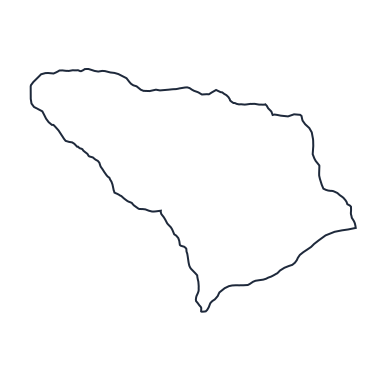 Kanglung, Tashigang, Bhutan, rotated 182°
{"feature_id": "84629894B11515592913322", "entity_name": "Kanglung", "entity_type": "district", "adm_level": 2, "iso_a3": "BTN", "parent_name": "Bhutan", "parent_adm1": "Tashigang", "projection": "robinson", "projection_center": [91.534, 27.281], "detail": "fine", "context": "isolated", "style": "outline", "palette": "slate", "viewbox_px": 384, "rotation_deg": 182, "n_neighbors": 0, "source": "geoboundaries", "source_scale": "gbopen_adm2", "svg_char_len": 4034}
<svg xmlns="http://www.w3.org/2000/svg" viewBox="0 0 384 384"><g transform="rotate(182 192 192)"><path d="M88.3,123.5L86.7,124.9L84.9,127.5L83.9,129.9L82.0,132.9L78.6,135.8L74.0,139.1L71.0,141.3L68.1,144.4L63.4,148.3L57.0,153.3L48.1,157.2L40.8,158.9L34.7,160.0L29.7,161.2L27.1,161.8L27.5,163.9L28.1,166.2L28.6,167.4L29.4,168.9L31.4,171.8L31.8,173.6L32.3,175.1L32.5,176.4L32.4,179.5L32.6,182.8L33.5,183.8L34.6,184.4L36.3,185.2L37.2,187.5L38.3,189.1L40.5,191.5L42.0,192.6L44.2,194.0L46.7,196.1L47.5,196.4L48.6,196.9L50.6,197.7L51.4,197.9L52.4,198.0L53.7,198.0L55.9,198.2L58.2,198.8L60.8,199.9L62.6,203.8L64.6,209.5L65.3,212.1L65.5,213.0L65.6,215.4L65.6,217.9L65.6,221.9L65.7,223.0L69.5,227.4L70.9,229.8L72.7,234.0L72.4,242.2L72.7,247.4L72.9,249.1L74.4,255.8L77.0,260.0L81.3,263.7L84.0,267.2L84.5,268.9L85.2,271.8L86.6,272.9L92.7,273.2L98.7,270.9L106.0,271.4L109.5,272.0L112.2,272.3L114.1,271.8L115.5,275.2L118.8,278.3L120.3,280.8L121.8,282.2L122.6,281.8L128.1,281.7L132.5,282.3L135.5,282.1L136.7,282.1L140.7,281.4L142.2,281.2L143.0,281.2L146.0,281.4L148.1,281.2L150.3,281.6L152.3,282.4L153.7,282.4L155.9,283.8L157.1,284.8L157.5,286.0L158.9,288.1L161.0,290.0L163.3,291.2L165.2,292.6L166.9,292.8L171.5,294.8L176.0,292.0L178.4,290.3L179.3,290.2L180.3,290.3L185.5,289.8L187.4,290.8L188.4,291.4L189.7,292.0L193.5,293.2L195.7,294.3L198.1,295.8L200.4,296.4L202.6,296.2L207.1,295.3L208.2,295.1L209.2,294.8L211.4,294.3L215.0,294.0L219.3,293.4L227.6,292.4L231.6,293.0L237.8,291.4L244.0,291.4L246.7,292.4L251.1,295.7L254.4,296.6L255.9,297.5L256.8,298.1L258.5,299.9L261.4,303.4L262.6,304.0L265.2,305.2L269.7,307.3L273.7,308.3L276.2,308.5L277.6,308.6L283.2,309.8L285.9,309.9L289.9,309.1L293.6,309.6L296.4,310.4L299.7,311.3L302.1,311.2L303.4,311.1L305.1,309.9L307.0,308.9L308.0,308.9L310.1,309.7L312.7,309.5L315.5,309.5L319.3,308.7L322.4,308.7L325.7,309.0L328.7,308.8L330.4,307.7L332.4,306.6L334.5,305.6L340.0,305.9L342.7,305.7L346.9,304.4L349.3,301.8L354.4,296.4L356.7,293.1L356.9,291.8L356.4,279.4L355.5,274.8L352.9,271.5L344.4,267.4L342.7,264.4L340.4,260.2L337.7,256.8L334.4,254.2L332.8,254.2L331.1,252.6L328.5,249.9L327.4,248.7L321.8,240.7L320.1,238.7L316.7,237.8L313.5,237.4L311.3,236.1L308.3,233.2L307.5,233.3L306.4,232.3L305.4,231.7L304.0,231.4L303.0,230.9L302.2,229.7L301.1,228.8L300.3,228.2L299.3,227.5L297.8,226.4L296.6,224.5L295.9,224.0L292.3,223.1L290.3,221.5L289.4,220.9L287.2,219.8L285.6,218.0L284.9,216.0L284.2,214.2L282.9,212.5L282.2,211.6L280.3,208.8L279.6,207.9L278.7,206.7L278.1,205.9L276.8,204.5L275.9,203.9L275.1,203.4L274.2,201.5L272.9,199.6L271.7,196.6L271.0,193.8L270.6,192.2L270.3,190.9L269.9,190.1L269.5,188.7L268.6,188.3L266.5,187.5L264.9,186.7L263.6,185.9L262.5,185.5L259.9,183.3L258.4,182.2L256.2,180.7L254.9,180.1L253.9,179.8L251.8,179.0L250.9,177.9L250.2,177.2L249.6,176.6L246.0,174.2L245.3,173.7L244.2,173.2L242.7,173.2L241.8,173.2L240.4,173.2L238.0,173.0L234.5,171.8L231.3,171.1L229.7,171.1L227.3,171.4L222.5,172.2L222.6,171.0L222.3,170.1L221.9,168.9L219.3,165.8L217.8,163.5L215.7,159.8L214.8,158.8L211.9,156.0L210.7,154.2L209.8,152.4L208.3,149.1L206.3,147.9L204.1,145.5L203.0,142.6L202.3,138.7L201.5,138.0L199.8,137.5L198.1,137.1L196.5,136.0L195.7,135.0L195.4,132.3L194.6,130.2L194.1,127.8L193.0,121.7L192.7,120.4L192.1,118.2L191.2,116.4L190.3,115.2L185.7,110.8L183.9,108.9L183.7,107.3L183.2,105.1L182.5,102.5L182.4,101.5L182.2,99.9L182.0,98.0L182.0,96.2L181.9,94.6L182.0,93.2L182.6,91.2L183.9,88.1L184.2,86.7L184.3,85.5L184.4,84.6L184.1,83.1L182.4,81.2L180.7,79.0L179.3,77.6L178.7,76.4L178.7,75.0L178.7,73.0L178.0,72.7L175.8,72.9L174.1,73.2L172.7,74.7L171.2,77.5L170.1,80.8L169.5,82.0L167.8,83.8L165.5,85.4L164.4,86.7L162.6,89.0L161.9,90.8L161.1,92.6L158.9,94.5L156.0,97.0L151.8,99.2L148.6,100.0L145.2,100.3L141.4,100.4L139.5,100.5L137.3,100.6L133.0,101.0L131.2,102.0L127.9,104.4L125.5,105.5L121.8,106.2L117.8,106.9L114.9,107.9L112.8,109.1L110.0,110.2L107.5,111.6L105.1,113.1L104.0,113.7L103.1,114.6L101.3,116.6L97.0,119.5L92.7,121.4L89.2,122.7L88.3,123.5Z" fill="none" stroke="#1e293b" stroke-width="2"/></g></svg>